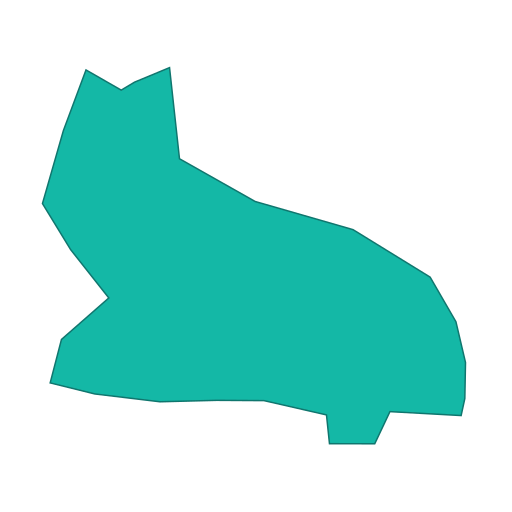 the border of Saint David, rotated 93°
{"feature_id": "VCT-5066", "entity_name": "Saint David", "entity_type": "Parish", "adm_level": 1, "iso_a3": "VCT", "parent_name": "Saint Vincent and the Grenadines", "parent_adm1": "", "projection": "orthographic", "projection_center": [-61.207, 13.318], "detail": "fine", "context": "isolated", "style": "filled", "palette": "teal", "viewbox_px": 512, "rotation_deg": 93, "n_neighbors": 0, "source": "natural_earth", "source_scale": "10m", "svg_char_len": 484}
<svg xmlns="http://www.w3.org/2000/svg" viewBox="0 0 512 512"><g transform="rotate(93 256 256)"><path d="M79.1,435.5L97.4,399.3L88.7,386.3L72.4,352.2L162.9,337.5L201.6,259.7L224.6,160.5L268.0,81.0L311.2,52.9L351.4,41.2L387.4,40.0L404.6,42.8L404.4,114.1L437.3,127.6L439.6,172.8L411.0,177.3L400.0,240.5L402.2,287.9L406.6,344.3L402.2,409.8L393.5,454.9L349.5,445.9L305.6,400.8L259.4,441.4L214.8,472.0L140.8,454.9L79.1,435.5Z" fill="#14b8a6" stroke="#0f766e" stroke-width="1.5"/></g></svg>